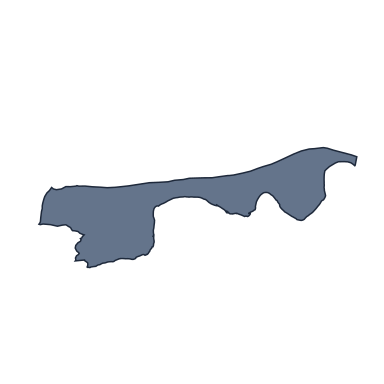 Imbaba, Al Jizah, Egypt, rotated 125°
{"feature_id": "37247803B76869719120733", "entity_name": "Imbaba", "entity_type": "district", "adm_level": 2, "iso_a3": "EGY", "parent_name": "Egypt", "parent_adm1": "Al Jizah", "projection": "natural_earth1", "projection_center": [30.99, 30.22], "detail": "fine", "context": "isolated", "style": "filled", "palette": "slate", "viewbox_px": 384, "rotation_deg": 125, "n_neighbors": 0, "source": "geoboundaries", "source_scale": "gbopen_adm2", "svg_char_len": 5944}
<svg xmlns="http://www.w3.org/2000/svg" viewBox="0 0 384 384"><g transform="rotate(125 192 192)"><path d="M313.6,234.5L313.5,234.0L313.2,233.8L313.0,233.6L312.8,232.9L312.5,232.4L312.3,232.2L312.0,232.0L311.4,231.8L309.5,229.8L308.0,228.1L307.1,227.8L306.2,227.4L305.7,227.1L305.3,226.8L304.9,226.4L304.4,225.8L303.6,225.5L302.9,225.1L301.6,224.4L300.8,223.5L300.0,222.6L299.1,221.9L297.9,221.1L297.0,220.2L296.0,219.0L295.2,218.0L294.7,217.1L294.2,216.6L293.9,216.3L293.5,216.1L292.4,215.8L291.4,215.2L289.7,214.1L289.1,213.7L288.4,213.4L288.3,213.0L288.1,212.8L287.9,212.6L287.6,212.5L286.3,210.7L285.5,209.4L285.1,208.7L284.7,208.0L283.5,206.4L283.0,205.6L282.6,204.9L282.2,204.1L281.9,203.1L281.6,202.6L281.2,201.9L280.7,201.3L280.3,201.0L279.8,200.7L279.4,200.4L278.9,200.2L278.6,200.1L278.3,200.3L278.0,200.3L277.6,200.3L276.0,199.4L274.3,198.1L272.0,196.8L271.4,196.3L270.9,195.7L270.8,195.1L270.8,194.3L270.6,194.2L270.4,193.9L270.1,193.6L269.8,193.5L269.4,193.6L269.1,193.4L268.8,193.1L268.7,192.8L267.9,192.7L267.3,192.6L266.6,192.7L266.0,192.8L265.5,192.6L265.0,192.6L264.6,192.7L264.1,192.9L263.5,193.0L262.8,193.1L262.0,192.9L261.5,192.8L260.9,192.9L260.3,193.1L260.1,193.2L259.7,193.0L259.5,192.8L259.4,192.6L258.6,192.7L258.0,192.9L257.3,193.2L256.9,193.5L256.5,193.8L255.5,194.0L254.8,194.3L254.2,194.7L253.8,195.0L252.8,196.0L251.8,196.9L250.9,197.5L249.9,198.1L250.7,198.3L250.7,198.5L250.0,198.6L249.5,198.7L249.1,198.9L248.6,199.2L247.3,200.4L245.4,201.8L243.9,202.4L242.7,203.0L241.5,203.7L240.2,204.4L238.8,205.1L237.9,205.7L236.7,206.4L236.4,206.7L235.9,207.4L235.4,208.0L234.9,208.7L234.4,209.5L233.1,210.5L231.5,211.6L229.9,212.6L228.2,213.3L227.2,213.6L226.4,213.6L225.7,213.6L224.9,213.4L224.1,213.1L223.7,212.8L223.3,212.4L223.0,212.0L222.8,211.4L221.5,211.0L220.2,210.5L219.1,209.9L217.7,208.9L216.2,208.1L214.8,207.4L213.3,206.8L207.8,203.7L206.8,202.7L205.9,201.9L204.9,200.7L203.1,199.0L202.1,197.7L201.0,196.3L200.4,195.8L199.9,195.2L199.5,194.5L199.1,193.6L198.4,192.5L197.9,191.5L196.7,190.2L195.9,189.0L195.4,188.0L192.9,184.3L192.3,183.2L191.7,181.9L191.6,181.3L191.4,180.8L191.3,180.1L191.2,179.5L191.0,178.2L190.8,177.6L190.4,176.8L190.4,176.4L190.4,175.6L190.4,174.8L190.6,174.1L190.6,173.4L190.7,172.9L190.8,172.2L190.8,171.6L190.7,171.1L190.8,170.4L190.7,169.8L190.5,168.5L190.4,167.9L190.2,167.5L190.0,166.3L189.6,165.1L189.1,163.9L188.6,163.0L188.6,164.5L188.4,164.5L188.3,161.5L188.2,161.2L188.1,159.6L188.1,158.5L188.1,157.3L188.0,155.9L188.0,155.5L188.1,155.0L188.1,154.4L188.2,154.0L188.4,153.7L188.6,153.1L188.8,152.5L189.1,151.7L188.8,151.4L188.6,150.9L188.5,150.5L188.5,150.0L188.4,150.3L188.3,150.6L188.1,150.8L188.1,151.7L188.1,152.7L187.9,152.7L187.7,152.6L187.7,152.3L187.8,152.1L187.8,151.5L187.8,150.5L188.1,150.3L188.1,149.2L188.1,148.3L187.2,147.0L186.6,146.0L186.3,146.0L186.1,145.8L186.0,145.6L185.9,145.4L185.1,144.7L184.7,144.4L184.4,143.8L184.2,143.2L183.8,143.2L183.7,143.1L183.5,141.8L183.2,140.7L182.9,139.6L182.6,138.7L182.1,136.2L181.9,134.9L181.3,134.5L180.8,133.9L180.4,133.2L180.2,132.4L179.5,132.0L178.6,131.7L177.6,131.6L176.5,131.7L176.3,131.8L176.0,132.1L175.7,132.2L175.5,132.4L176.0,132.5L176.3,132.7L176.6,132.9L176.9,133.2L176.7,133.3L174.8,132.4L173.9,131.8L173.2,131.4L171.9,130.8L171.5,130.8L171.1,130.7L170.7,130.3L170.5,130.2L170.3,130.2L169.5,130.4L168.8,130.7L168.1,131.2L167.4,131.8L163.1,133.6L161.4,133.9L159.7,134.1L158.0,134.2L156.3,134.2L155.1,134.1L154.0,133.8L152.8,133.4L151.5,132.9L150.7,132.1L150.1,131.4L149.6,130.7L149.2,129.9L148.9,129.3L148.9,129.0L148.7,127.7L148.8,126.4L148.9,125.4L148.8,124.9L148.8,124.4L148.8,123.9L148.9,123.2L149.6,120.7L150.4,118.4L150.3,118.1L150.2,117.8L150.2,117.5L150.3,117.2L150.5,116.8L150.8,116.5L151.1,115.8L151.5,114.6L151.9,113.1L152.5,112.7L153.1,112.1L153.6,111.4L154.0,110.5L154.5,108.3L154.8,105.8L155.0,105.3L155.1,104.6L155.0,103.7L154.9,103.0L154.7,96.1L154.5,95.0L154.4,94.2L154.4,93.5L154.3,92.8L154.2,92.1L154.2,91.1L154.4,90.2L153.6,88.3L152.7,86.3L152.0,85.6L151.2,85.0L150.6,84.7L150.0,84.4L148.0,84.2L146.2,83.9L145.2,83.4L144.4,83.1L143.5,82.9L142.5,82.6L141.5,82.2L140.6,81.9L139.8,81.6L138.6,81.4L134.7,80.9L133.0,80.8L131.2,80.7L129.4,80.5L127.8,80.5L126.8,80.6L125.6,80.7L125.1,80.7L124.6,80.6L124.1,80.4L123.7,80.2L123.1,79.8L121.7,79.8L120.1,80.0L118.5,80.4L117.6,81.3L116.8,82.2L116.0,83.1L115.0,84.3L114.2,84.9L113.5,85.5L112.3,86.6L111.3,87.1L110.5,87.6L110.0,88.0L109.3,88.6L108.5,89.1L106.9,90.3L106.1,90.9L103.6,92.6L101.3,94.0L98.5,95.3L96.5,95.0L92.3,94.0L86.0,91.2L83.2,89.4L79.8,84.7L79.0,83.4L78.0,81.8L77.0,78.8L76.9,78.0L76.9,76.7L76.9,75.8L77.0,74.9L77.1,73.7L76.4,73.7L68.6,77.2L70.2,82.8L76.6,100.1L78.5,106.2L80.3,109.9L86.2,116.5L89.6,120.7L95.7,126.0L102.1,130.2L111.3,135.5L118.5,139.7L123.8,143.0L130.4,148.3L134.6,151.4L141.5,156.1L144.1,158.4L147.3,161.2L154.3,167.7L157.3,171.1L157.9,172.0L163.8,178.4L168.8,183.7L173.6,190.4L176.7,194.6L182.3,202.1L186.8,206.3L192.4,213.0L197.4,217.5L202.7,224.2L208.8,232.2L213.2,236.8L223.4,247.5L229.0,253.9L232.2,257.6L237.1,263.9L240.6,269.8L244.8,276.5L248.6,283.2L252.1,288.0L252.8,289.9L253.9,290.6L257.4,294.7L259.9,298.4L264.4,300.7L267.9,304.4L269.0,307.3L268.8,309.6L272.5,309.6L276.0,310.3L280.2,310.0L283.0,309.2L286.9,307.8L289.3,306.7L291.4,305.2L294.3,304.1L299.9,301.1L303.0,299.3L304.1,298.9L306.2,298.9L305.8,297.6L303.7,295.7L299.9,289.2L297.2,282.6L293.5,279.2L291.4,276.8L291.1,275.9L291.1,273.3L290.8,272.2L291.1,270.3L291.8,269.2L292.2,267.7L291.1,265.9L290.1,263.6L289.7,262.5L290.1,260.3L289.8,258.8L289.4,257.0L289.0,255.8L291.5,256.2L292.6,255.9L294.2,256.7L294.7,255.5L296.4,255.1L298.9,256.3L302.4,256.6L304.9,255.5L305.9,253.7L306.6,252.2L306.6,250.7L306.8,249.5L307.0,249.2L308.4,249.2L310.5,250.0L312.9,249.6L314.4,248.1L315.4,248.1L309.5,241.2L309.8,241.1L309.8,237.0L310.9,235.9L312.3,235.2L313.1,235.0L313.0,234.9L313.6,234.5Z" fill="#64748b" stroke="#1e293b" stroke-width="1.5"/></g></svg>